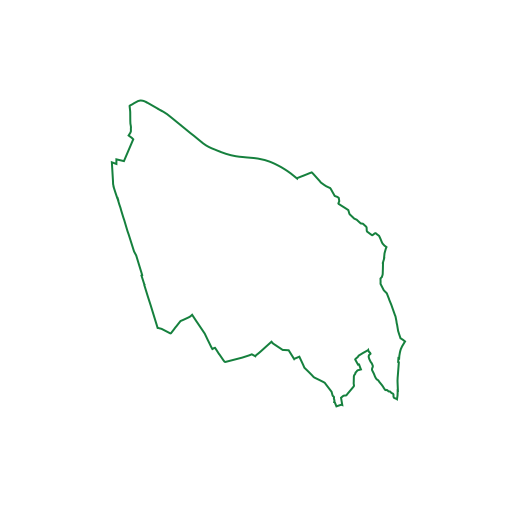 Bērzes pag., Dobele, Latvia (Robinson projection), rotated 63°
{"feature_id": "27541924B54193972681718", "entity_name": "Bērzes pag.", "entity_type": "district", "adm_level": 2, "iso_a3": "LVA", "parent_name": "Latvia", "parent_adm1": "Dobele", "projection": "robinson", "projection_center": [23.414, 56.655], "detail": "fine", "context": "isolated", "style": "outline", "palette": "green", "viewbox_px": 512, "rotation_deg": 63, "n_neighbors": 0, "source": "geoboundaries", "source_scale": "gbopen_adm2", "svg_char_len": 6001}
<svg xmlns="http://www.w3.org/2000/svg" viewBox="0 0 512 512"><g transform="rotate(63 256 256)"><path d="M275.5,376.0L276.5,375.0L277.4,373.9L278.2,373.1L285.9,367.6L286.2,367.2L286.2,366.8L283.8,361.7L283.7,361.6L282.8,359.7L282.6,359.1L281.1,355.9L279.7,352.8L279.7,352.6L279.8,351.1L279.9,349.6L280.1,344.3L280.1,343.6L280.1,342.7L280.0,342.1L279.9,341.3L279.8,341.1L279.7,340.7L279.5,340.0L279.5,339.9L279.4,339.6L287.5,338.7L288.1,338.6L301.9,336.9L308.7,337.1L310.2,337.1L316.1,337.2L317.0,337.2L319.1,337.1L319.0,334.9L319.2,334.2L321.8,333.9L323.8,333.7L326.1,333.5L326.3,333.5L326.4,333.4L327.0,333.3L327.6,333.2L330.0,332.9L333.9,332.4L335.6,332.1L336.0,331.9L336.3,331.7L336.5,331.4L339.7,317.0L340.2,314.8L340.3,314.3L341.4,307.4L341.7,304.4L341.8,304.3L345.0,302.1L344.7,301.8L344.2,299.8L344.1,299.1L343.4,296.0L343.3,295.8L343.3,295.6L339.4,281.1L341.1,280.7L341.3,280.8L349.6,276.1L351.8,274.9L352.7,273.3L354.7,269.9L354.8,269.7L365.1,268.8L365.0,268.6L365.4,263.1L374.5,263.4L377.5,263.6L383.4,261.6L387.8,260.2L389.7,259.7L390.4,259.4L390.9,259.1L395.8,255.4L396.1,255.2L398.4,253.5L399.7,252.6L400.1,252.4L400.3,252.3L402.6,251.9L411.3,250.3L414.6,251.0L415.3,251.1L415.5,251.1L416.3,250.7L416.7,250.6L417.2,250.6L417.7,250.9L418.6,251.4L420.1,251.6L420.3,251.7L421.6,252.6L421.7,252.4L421.7,252.2L426.5,252.6L427.2,247.6L428.0,246.8L420.9,244.6L420.3,242.0L420.3,241.5L420.3,241.1L420.4,240.8L421.0,239.4L421.1,239.1L421.1,238.7L421.0,238.4L420.2,236.7L417.9,231.2L416.6,228.2L416.4,228.0L416.3,227.8L416.2,227.7L415.9,227.5L415.6,227.4L414.1,226.9L413.6,226.7L412.8,226.2L410.0,224.7L407.6,223.4L407.3,223.1L406.9,222.7L406.6,222.2L406.1,221.2L405.9,221.0L405.7,220.7L405.4,220.6L405.0,220.1L404.5,218.6L404.2,218.1L404.0,217.4L404.1,216.9L404.7,214.0L402.5,213.8L399.4,213.4L399.3,213.5L399.2,213.6L399.3,214.0L399.2,214.4L393.5,214.6L393.3,214.6L393.1,214.5L392.7,213.5L392.7,213.2L392.1,210.9L391.4,209.8L391.0,204.9L390.8,199.5L390.8,198.9L390.7,198.7L391.2,198.8L391.9,198.9L392.4,198.8L392.9,198.8L393.4,198.5L394.0,198.3L394.4,198.3L394.7,198.3L394.9,198.4L395.1,198.4L395.2,198.7L395.3,199.1L395.5,200.0L395.7,200.4L396.4,201.0L396.6,201.2L396.9,201.3L397.4,201.5L398.4,201.7L398.9,201.8L400.8,201.9L401.2,201.9L402.4,201.9L403.0,201.8L404.0,201.6L404.7,201.6L405.9,201.7L406.9,201.8L407.5,202.1L407.8,202.3L408.4,203.0L408.8,203.5L409.5,204.0L410.0,204.3L410.6,204.4L411.4,204.4L413.1,204.4L413.9,204.4L414.3,204.4L415.4,204.5L416.5,204.6L417.1,204.7L418.6,204.7L419.1,204.7L420.4,204.5L420.8,204.4L421.3,204.1L421.9,203.7L422.6,203.5L422.9,203.4L423.3,203.4L424.1,203.3L427.3,202.6L428.2,202.4L428.9,202.3L430.3,202.1L431.2,202.1L431.8,202.0L433.5,201.8L434.1,201.6L434.3,201.4L434.5,201.1L434.7,200.7L434.7,200.3L435.1,200.0L435.5,199.8L436.8,199.4L437.0,199.1L437.5,198.2L437.8,198.0L438.9,197.7L439.5,197.5L439.9,197.2L440.5,196.7L440.9,196.5L441.2,196.4L441.8,196.4L442.5,196.7L443.1,197.1L443.7,197.3L444.0,197.4L444.6,197.4L444.9,197.4L445.2,197.3L445.7,196.9L447.2,195.6L447.6,195.4L444.5,193.2L442.0,191.8L440.2,190.9L440.4,190.7L433.2,187.4L431.3,186.5L428.5,184.9L426.9,183.9L415.6,177.0L415.0,177.5L411.7,175.5L412.3,175.0L410.0,173.6L407.2,171.5L405.6,170.1L404.5,169.0L403.5,167.7L402.7,166.7L402.4,166.2L399.8,162.0L397.6,163.0L395.0,164.5L394.9,164.6L390.3,163.9L387.3,163.4L381.3,161.5L379.6,161.1L377.9,160.5L373.0,159.1L372.2,159.1L361.0,157.6L356.1,157.2L355.1,157.1L354.8,157.0L348.6,156.4L344.6,157.7L339.2,157.7L337.4,157.7L335.5,156.7L332.6,155.3L331.8,153.3L331.7,153.3L330.5,152.0L329.6,151.3L325.1,148.8L319.7,145.9L319.6,146.0L319.5,145.9L317.1,143.6L316.0,142.7L315.9,142.8L312.0,140.3L311.2,139.6L309.8,138.3L309.6,138.1L308.6,137.2L307.3,135.7L305.5,136.6L305.2,136.8L302.3,137.6L300.8,137.6L297.1,137.3L294.6,137.2L294.1,137.2L293.9,137.2L293.3,137.5L291.7,138.3L290.2,138.9L289.9,139.2L289.8,139.5L289.8,140.1L290.1,141.5L290.2,142.0L290.3,142.9L290.2,143.1L289.9,143.3L288.6,144.0L287.0,144.8L285.9,145.3L285.6,145.5L284.8,145.9L284.4,145.9L284.0,145.9L283.4,145.7L281.9,145.0L281.0,144.6L280.6,144.5L280.4,144.5L279.4,144.7L277.9,145.3L276.2,145.9L275.7,146.2L274.7,147.6L274.5,147.9L273.7,148.2L271.9,148.9L269.7,149.7L269.4,149.8L267.3,151.5L261.6,153.5L261.2,153.6L260.8,153.6L260.1,153.5L257.0,152.9L253.2,155.1L249.7,157.2L248.1,158.1L247.2,158.7L246.5,158.7L245.0,157.0L244.9,156.9L242.2,156.0L241.9,155.9L241.7,156.0L240.6,156.5L240.4,156.6L239.3,157.6L238.2,158.6L233.3,158.8L230.4,158.9L229.6,159.0L229.1,159.1L228.9,159.3L225.7,161.8L223.6,163.0L220.1,164.8L219.4,165.0L218.6,165.1L208.5,167.8L206.8,168.4L206.5,170.9L206.3,173.6L205.3,183.8L205.7,184.2L198.3,187.5L196.0,188.7L194.3,189.6L191.7,191.1L188.3,193.2L185.3,195.3L182.7,197.2L181.8,197.9L179.6,199.7L177.9,201.2L176.4,202.7L175.3,203.8L174.5,204.6L170.1,210.0L168.5,212.3L167.7,213.5L163.6,220.1L162.3,222.1L159.9,225.9L158.0,228.6L154.9,232.5L151.4,236.3L147.4,240.1L139.8,246.7L138.5,247.7L137.6,248.4L136.0,249.5L134.6,250.4L131.4,252.1L120.6,256.8L116.6,258.7L106.8,263.0L93.9,268.7L91.5,269.8L89.1,270.9L87.6,271.8L86.7,272.3L84.3,273.8L83.4,274.4L83.5,274.5L81.8,275.6L80.9,276.2L80.5,276.5L80.4,276.4L79.7,276.9L69.3,283.7L69.4,283.8L67.9,284.8L67.0,285.6L66.2,286.5L65.1,288.1L64.8,289.0L64.4,290.8L64.5,295.3L64.6,296.3L64.7,297.2L64.7,298.3L64.7,298.8L64.7,299.8L64.8,300.3L64.9,300.5L65.4,300.7L69.9,302.4L71.2,303.0L71.4,303.1L78.2,306.5L81.0,307.8L83.6,308.6L84.8,309.1L85.4,309.5L88.0,310.8L89.0,311.8L90.8,314.8L94.0,313.2L94.7,312.9L96.3,312.4L111.5,330.6L106.5,336.5L110.6,338.6L107.1,341.9L119.0,347.1L124.5,349.5L127.1,350.7L129.8,351.4L129.8,351.5L131.0,351.7L135.2,352.4L141.3,353.3L141.4,353.0L143.2,353.3L143.1,353.5L148.1,354.4L151.6,354.9L154.0,355.4L161.3,356.7L164.1,357.1L174.9,359.1L175.5,359.2L179.2,359.7L196.6,362.6L201.1,362.5L207.9,363.7L210.7,364.2L218.7,365.6L221.4,366.1L221.4,366.9L230.4,368.4L230.8,368.3L231.1,368.7L242.6,370.7L252.5,372.3L275.4,376.3L275.5,376.0Z" fill="none" stroke="#15803d" stroke-width="2"/></g></svg>